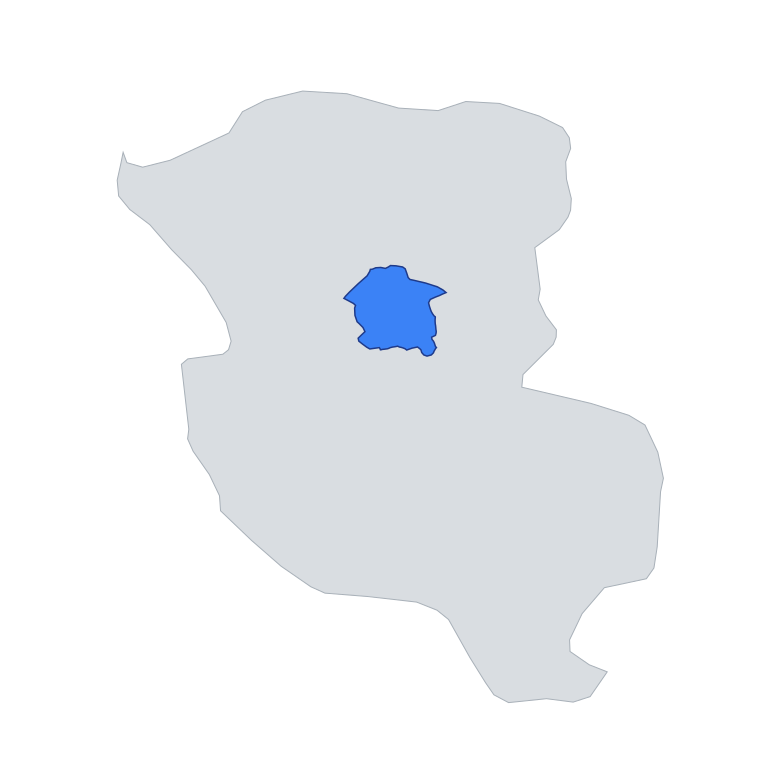 where Kigali City sits in Rwanda, rotated 279°
{"feature_id": "RWA-3495", "entity_name": "Kigali City", "entity_type": "Province", "adm_level": 1, "iso_a3": "RWA", "parent_name": "Rwanda", "parent_adm1": "", "projection": "natural_earth1", "projection_center": [30.091, -1.927], "detail": "fine", "context": "in_parent", "style": "filled", "palette": "blue", "viewbox_px": 768, "rotation_deg": 279, "n_neighbors": 0, "source": "natural_earth", "source_scale": "10m", "svg_char_len": 2420}
<svg xmlns="http://www.w3.org/2000/svg" viewBox="0 0 768 768"><g transform="rotate(279 384 384)"><path d="M299.1,198.6L308.7,198.3L371.8,180.8L378.1,186.3L388.2,220.2L393.6,225.1L402.4,226.3L420.1,218.5L452.6,192.0L466.7,175.9L483.4,153.3L504.7,127.8L516.6,105.6L528.2,92.5L543.5,88.6L560.3,89.6L572.0,90.1L562.4,95.4L560.4,111.7L571.5,137.7L607.7,191.6L630.8,201.6L645.8,222.5L660.6,257.8L664.9,302.0L658.8,355.2L662.5,394.7L675.8,420.6L679.2,454.2L672.9,495.5L665.2,520.3L656.2,528.5L645.9,531.5L631.9,528.7L614.9,532.2L596.4,540.0L584.8,541.1L577.6,539.6L563.9,533.0L542.3,511.6L502.1,523.4L491.2,523.2L476.5,533.3L464.5,545.8L457.2,546.7L449.7,545.0L415.1,519.8L402.4,520.6L397.2,591.4L391.4,630.7L384.3,648.2L359.5,665.1L334.6,674.7L320.9,674.0L266.0,679.3L244.5,679.4L232.7,673.6L217.3,633.5L188.2,615.6L160.3,607.3L148.9,609.6L138.8,630.6L134.6,649.5L107.5,636.5L99.4,620.6L98.6,593.7L88.8,556.9L94.2,541.2L104.9,531.0L127.3,511.6L161.5,484.6L168.9,471.7L173.7,450.3L171.5,400.5L168.2,358.4L172.3,343.4L187.9,310.9L208.8,277.6L233.2,242.4L247.9,239.0L267.2,225.7L287.7,206.0L299.1,198.6Z" fill="#d9dde1" stroke="#a8b0b8" stroke-width="1"/><path d="M428.1,430.1L427.4,429.5L425.5,428.8L423.9,428.2L422.6,428.0L420.1,426.2L418.3,422.1L418.9,418.8L421.0,416.3L423.4,415.2L424.4,413.9L425.8,411.3L423.8,406.1L421.1,401.1L422.1,399.3L422.6,397.2L422.9,395.0L422.9,393.7L423.0,393.1L423.5,391.6L422.6,389.2L421.8,386.6L420.9,384.5L420.0,383.2L419.4,382.1L418.6,379.5L417.8,376.6L417.2,375.5L417.3,375.0L418.1,374.7L419.2,373.7L418.0,369.7L416.4,364.5L417.7,361.1L420.1,356.5L422.4,352.4L425.2,351.3L429.1,354.2L432.7,357.0L436.5,354.4L439.7,350.1L441.3,347.7L447.2,344.6L454.4,343.1L457.2,343.6L458.8,341.2L460.8,335.5L462.3,331.0L464.6,332.2L469.4,335.5L479.1,342.9L488.2,350.4L493.0,352.3L495.1,352.6L495.5,354.4L497.5,357.7L498.6,362.6L498.4,367.3L500.2,369.9L502.0,371.9L502.6,377.4L502.5,384.1L501.1,386.9L497.1,389.1L492.9,391.2L491.3,393.3L491.1,397.2L490.2,409.4L488.3,421.6L486.0,427.7L484.0,431.0L482.1,427.9L479.9,424.7L477.9,421.2L474.8,416.5L471.2,415.3L467.7,416.8L464.6,418.4L462.9,419.4L460.8,421.1L459.1,422.8L458.4,424.1L457.4,424.3L456.5,424.3L454.2,424.6L451.5,425.2L449.8,425.8L447.9,426.3L446.2,426.7L445.2,427.0L444.4,427.3L442.6,427.5L440.1,427.2L438.7,425.2L437.7,423.7L435.6,424.4L434.0,426.2L432.2,427.4L429.4,428.8L428.1,430.1Z" fill="#3b82f6" stroke="#1e3a8a" stroke-width="1.5"/></g></svg>